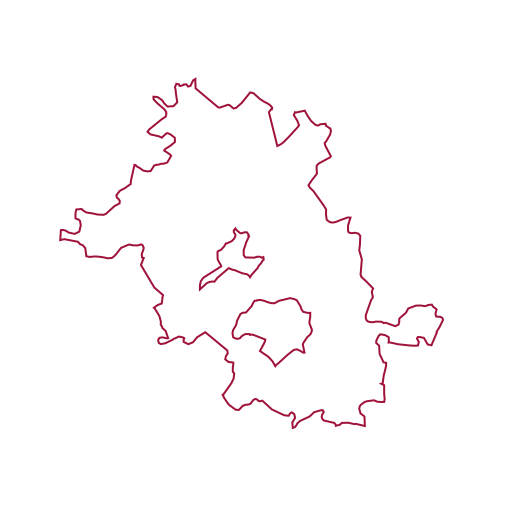 outline of Zaqaziq, Ash Sharqiyah, Egypt, rotated 192°
{"feature_id": "37247803B86566880158535", "entity_name": "Zaqaziq", "entity_type": "district", "adm_level": 2, "iso_a3": "EGY", "parent_name": "Egypt", "parent_adm1": "Ash Sharqiyah", "projection": "mercator", "projection_center": [31.49, 30.587], "detail": "fine", "context": "isolated", "style": "outline", "palette": "rose", "viewbox_px": 512, "rotation_deg": 192, "n_neighbors": 0, "source": "geoboundaries", "source_scale": "gbopen_adm2", "svg_char_len": 6137}
<svg xmlns="http://www.w3.org/2000/svg" viewBox="0 0 512 512"><g transform="rotate(192 256 256)"><path d="M450.8,230.8L447.2,232.6L433.0,232.9L430.8,231.1L427.4,230.4L424.6,228.1L421.9,220.5L418.5,220.5L413.3,222.1L409.9,222.6L404.8,223.0L400.8,222.9L396.8,224.0L395.1,225.7L393.3,228.5L389.7,235.9L383.4,240.3L382.2,240.9L378.8,240.8L373.7,241.8L370.8,243.5L369.1,242.9L367.5,240.6L367.5,238.3L368.2,234.2L367.1,230.8L365.4,230.7L366.7,223.3L348.9,204.0L338.8,198.4L338.9,196.3L338.4,191.7L338.4,189.9L341.9,187.7L345.1,184.1L343.7,183.2L338.1,177.3L335.4,172.0L334.9,169.1L333.2,167.4L332.7,166.2L328.7,163.8L324.9,157.4L326.0,156.9L330.6,157.0L333.4,155.9L334.1,154.2L334.1,153.0L333.0,150.7L330.7,150.1L326.7,151.7L320.9,156.2L319.2,157.8L314.6,161.2L310.0,161.1L309.0,160.6L309.4,159.3L308.9,156.9L303.8,155.7L299.7,158.5L296.8,164.2L289.8,170.9L264.5,157.7L263.4,154.8L264.6,151.9L264.6,148.5L260.7,146.6L256.1,147.1L255.6,144.8L255.6,142.5L254.6,137.9L252.9,136.7L252.4,131.5L253.7,126.3L259.1,113.8L259.8,113.3L257.4,110.3L251.8,105.0L243.9,101.4L240.7,101.9L237.6,107.0L237.0,107.0L235.8,108.1L232.4,109.2L230.7,110.3L228.9,114.3L227.1,116.0L224.9,115.9L224.3,115.3L223.2,114.7L222.0,114.7L219.7,115.8L208.5,109.2L195.4,106.1L190.9,106.5L189.7,109.4L188.5,110.5L185.7,109.3L184.1,105.8L185.9,100.7L184.3,95.5L182.5,96.6L181.3,98.8L180.7,101.1L178.4,104.0L170.3,110.1L168.6,112.4L166.8,115.2L162.8,117.4L160.5,118.5L158.8,119.1L157.3,117.5L158.3,114.5L158.3,112.2L157.2,110.4L155.5,109.2L144.7,109.0L142.5,107.2L142.5,106.6L139.0,108.3L137.3,110.6L131.0,112.1L124.7,112.0L123.6,112.6L114.2,112.3L116.4,121.1L116.9,121.8L121.0,123.7L123.3,128.1L123.3,130.5L122.6,132.1L119.3,135.9L116.8,137.2L110.5,139.4L107.2,138.7L103.7,139.1L100.3,139.9L100.4,142.9L101.8,147.1L103.8,156.3L106.9,157.1L105.6,157.9L106.2,165.0L105.9,175.3L106.5,178.6L109.1,178.5L114.7,185.8L116.9,193.9L120.4,196.0L120.7,198.1L119.6,203.0L119.2,203.8L118.6,204.2L118.3,205.1L117.1,205.4L113.0,205.4L109.7,204.3L109.3,204.1L108.6,201.4L108.3,198.9L107.0,199.3L99.0,199.2L87.4,200.4L81.6,201.3L78.9,202.2L78.9,205.8L81.4,208.8L80.9,210.3L78.9,210.8L74.7,210.8L69.7,205.2L65.8,205.2L63.2,218.8L63.6,219.2L61.6,225.0L59.8,232.3L60.6,234.0L62.9,234.8L67.2,234.3L68.4,236.7L68.3,241.4L72.2,243.2L73.9,245.0L77.3,243.9L80.0,242.1L84.8,241.8L89.3,240.7L96.2,236.3L97.5,231.7L102.7,224.8L102.7,223.2L102.2,222.0L102.3,218.6L105.1,216.3L115.4,217.7L117.2,216.9L119.3,217.8L125.0,216.8L127.3,215.7L130.2,215.1L132.5,215.2L134.2,215.8L135.8,218.1L136.3,221.0L134.3,236.5L133.1,239.9L135.3,245.2L134.7,248.6L142.6,253.9L148.7,257.5L148.7,258.1L149.8,259.3L151.8,274.8L156.2,283.0L156.7,288.7L158.2,297.4L160.5,299.2L163.9,299.3L167.3,298.2L169.6,298.2L170.7,298.8L171.3,300.0L172.3,305.2L171.6,313.2L174.4,312.7L180.7,308.8L184.8,306.0L187.1,304.9L189.9,304.4L192.2,305.0L194.4,306.2L196.1,310.9L197.1,316.1L200.4,319.6L213.3,331.4L217.2,333.8L219.4,336.1L217.1,341.8L213.5,349.2L215.1,355.0L215.4,357.0L213.9,359.5L204.1,367.9L203.5,369.1L211.2,378.4L212.3,380.8L211.1,383.0L208.7,390.5L208.7,393.9L209.8,396.2L210.3,396.2L214.8,398.1L215.4,399.8L220.5,398.2L222.3,396.5L225.1,396.6L230.1,399.5L234.6,403.7L238.5,408.3L247.1,404.5L247.8,404.7L248.3,401.7L243.8,397.0L241.1,392.9L241.7,391.2L248.7,379.3L252.8,373.0L254.6,370.8L258.0,368.0L273.3,399.4L271.6,402.8L271.0,402.8L271.0,404.5L273.2,406.2L276.0,407.5L280.5,408.7L285.0,410.5L292.3,414.7L295.7,414.8L301.7,402.9L306.3,396.7L308.6,395.6L313.1,398.0L314.9,398.1L322.3,393.6L324.0,393.6L349.9,407.4L352.0,415.5L352.1,416.5L354.0,414.8L355.5,408.7L357.8,407.6L358.9,408.8L360.0,409.4L362.3,408.8L362.3,408.3L365.2,406.6L366.3,406.6L366.9,407.8L369.7,407.9L370.4,404.4L369.3,402.1L368.2,398.6L365.0,389.9L367.9,385.4L373.6,383.8L377.6,386.2L379.2,388.0L380.9,389.2L385.4,391.0L389.4,390.5L388.9,388.2L386.6,386.4L382.7,384.0L376.0,380.4L373.7,378.1L373.2,375.8L373.3,373.5L376.7,370.1L386.7,357.7L387.9,354.9L384.5,353.0L376.0,352.9L372.6,352.2L372.0,353.3L369.1,357.3L367.9,357.8L365.1,357.2L360.0,354.8L359.0,350.7L362.5,346.2L367.1,341.7L367.7,340.0L361.5,337.6L359.8,336.4L362.2,329.0L365.1,327.3L368.6,326.2L370.3,325.1L372.0,324.6L374.3,323.5L376.7,317.2L379.6,316.2L383.9,316.1L388.6,318.1L390.9,318.7L392.0,319.3L392.6,319.9L393.8,319.9L394.0,303.8L393.5,300.4L398.2,295.3L402.8,291.4L405.2,286.3L404.1,284.0L402.4,283.3L400.7,281.6L400.4,279.1L404.8,275.4L411.3,266.3L413.6,264.6L419.9,263.6L423.8,263.7L431.2,263.3L434.6,264.6L436.3,265.7L441.4,264.2L441.5,260.7L440.5,255.5L439.4,254.9L437.1,254.8L435.4,253.6L433.8,249.6L433.9,243.1L438.0,239.9L444.2,240.0L447.6,241.3L450.5,241.3L452.2,240.8L450.8,230.8ZM230.1,171.6L229.5,174.5L229.5,176.2L241.4,178.2L243.6,178.3L245.7,177.6L246.1,178.3L250.5,177.3L253.4,174.5L254.6,172.2L256.9,171.1L259.7,171.2L261.4,171.8L261.9,172.9L263.0,175.8L263.0,178.7L261.1,184.4L261.0,189.0L259.2,195.9L257.4,197.6L254.0,198.7L249.9,206.0L248.7,210.6L248.0,212.0L246.4,212.3L245.8,212.9L242.9,213.9L238.9,213.9L234.4,213.2L231.0,213.1L228.1,213.6L224.1,217.0L213.8,221.9L209.8,221.8L206.9,221.2L201.9,215.9L200.3,213.0L198.1,211.2L193.5,211.1L191.1,211.7L190.2,207.0L190.2,204.1L189.7,201.2L185.9,195.4L185.9,193.1L186.5,190.8L188.9,187.4L191.3,181.7L191.9,179.4L188.5,171.6L189.8,171.3L193.1,172.5L196.5,173.2L199.4,172.1L204.1,166.5L212.3,155.1L213.4,154.0L214.2,152.2L217.9,156.4L223.0,160.0L232.4,163.9L230.1,171.6ZM268.6,264.7L269.3,259.4L268.2,254.2L266.0,252.4L257.4,254.0L254.6,255.6L251.7,256.1L250.0,255.5L248.6,256.5L247.7,254.0L248.4,253.2L249.6,249.8L251.3,246.9L251.9,244.6L256.7,236.1L257.4,234.0L258.4,235.0L260.6,236.2L266.3,236.3L273.7,237.7L276.5,237.7L280.1,238.5L289.3,226.5L291.3,222.2L293.3,222.0L296.2,220.9L298.5,219.2L303.9,211.7L304.8,215.9L304.7,220.0L302.9,223.9L287.9,238.6L288.4,239.7L291.2,242.7L292.9,245.0L294.4,251.4L294.4,252.6L291.5,254.7L289.2,258.7L288.0,262.1L287.4,262.1L282.8,265.5L281.0,268.3L280.4,270.6L280.4,272.3L282.6,274.7L283.1,276.4L281.9,278.7L280.8,277.5L276.3,275.1L275.2,275.1L272.3,276.7L270.0,277.3L267.8,275.5L267.8,274.3L266.9,273.9L268.5,266.9L268.6,264.7Z" fill="none" stroke="#9f1239" stroke-width="2"/></g></svg>